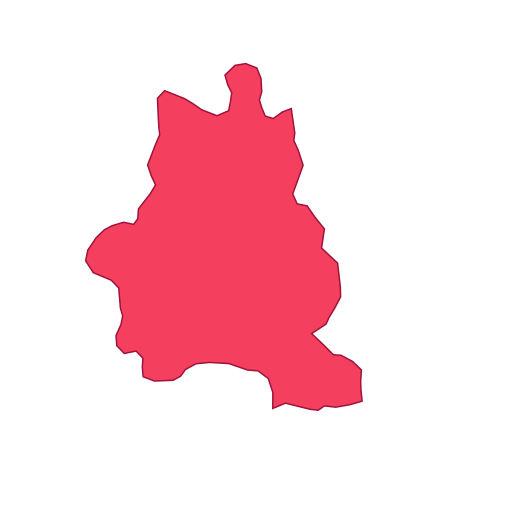 the district of Galateia, Cyprus, rotated 121°
{"feature_id": "46923920B49628554196420", "entity_name": "Galateia", "entity_type": "district", "adm_level": 2, "iso_a3": "CYP", "parent_name": "Cyprus", "parent_adm1": "", "projection": "equal_earth", "projection_center": [34.075, 35.428], "detail": "fine", "context": "isolated", "style": "filled", "palette": "rose", "viewbox_px": 512, "rotation_deg": 121, "n_neighbors": 0, "source": "geoboundaries", "source_scale": "gbopen_adm2", "svg_char_len": 1436}
<svg xmlns="http://www.w3.org/2000/svg" viewBox="0 0 512 512"><g transform="rotate(121 256 256)"><path d="M94.4,352.1L96.4,363.9L103.3,372.1L116.9,375.8L123.8,368.4L128.6,360.9L137.4,357.2L145.6,354.3L155.9,361.7L158.6,378.0L157.9,389.1L157.9,398.0L160.0,411.3L161.4,419.5L167.7,420.9L171.6,421.7L180.5,415.8L187.3,411.3L194.8,406.2L201.7,401.0L212.6,399.5L224.9,397.3L233.8,395.8L241.3,386.9L246.8,378.7L257.0,378.7L276.2,381.0L285.0,376.5L291.9,377.2L295.3,386.9L304.2,395.0L311.7,399.5L322.6,402.4L337.7,403.2L347.9,399.5L354.1,386.9L352.7,377.2L351.3,367.6L354.1,357.2L362.3,351.3L370.5,345.4L375.9,339.5L384.1,336.5L396.4,335.0L404.6,329.1L407.4,318.7L399.2,309.8L401.9,300.2L409.4,296.5L417.6,290.6L415.5,278.7L405.3,263.1L397.8,258.7L389.6,258.0L379.3,252.0L371.1,240.9L362.2,223.9L358.1,204.6L353.4,195.0L354.7,182.4L364.3,171.3L378.0,163.1L367.0,155.0L363.6,143.9L359.5,130.6L356.1,123.2L349.3,120.2L344.5,109.8L334.9,98.7L325.8,90.3L325.3,90.6L316.5,97.2L309.6,101.7L299.4,106.9L296.7,118.7L297.3,132.0L300.8,138.7L297.3,152.8L293.9,168.3L278.2,160.9L271.4,161.7L259.8,161.7L247.5,162.4L239.3,167.6L229.7,175.0L220.1,182.4L215.4,203.9L197.6,211.3L192.1,226.1L186.7,238.0L190.1,247.6L183.9,256.5L172.3,258.7L153.9,262.4L143.6,274.3L137.5,283.1L130.6,286.1L111.5,301.7L119.0,307.6L129.3,312.0L131.3,320.2L125.8,327.6L120.4,333.5L112.2,335.7L101.2,343.2L94.4,352.1Z" fill="#f43f5e" stroke="#9f1239" stroke-width="1.5"/></g></svg>